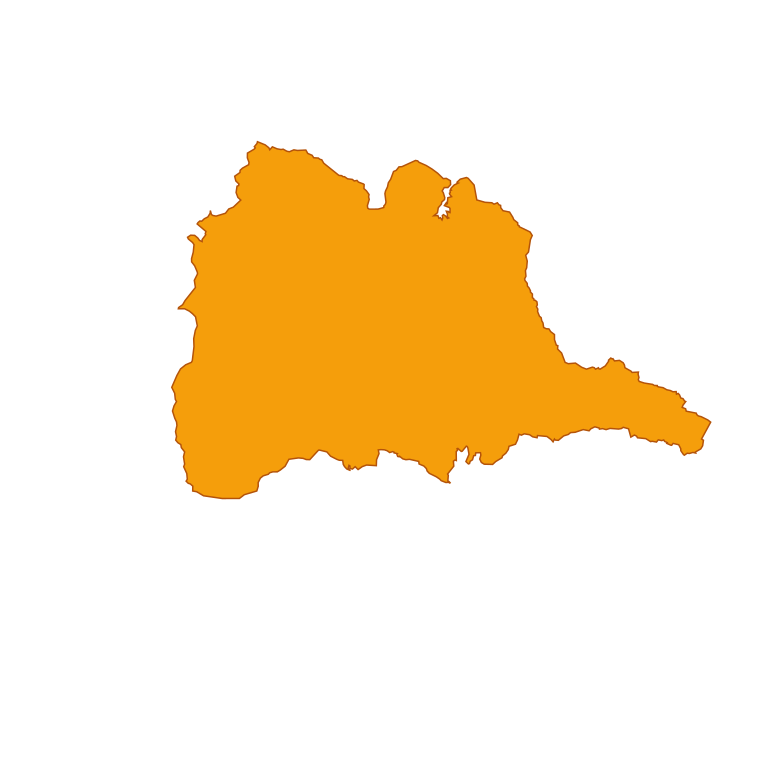 Pades, Gorj, Romania (orthographic projection), rotated 317°
{"feature_id": "2599482B12814420584104", "entity_name": "Pades", "entity_type": "district", "adm_level": 2, "iso_a3": "ROU", "parent_name": "Romania", "parent_adm1": "Gorj", "projection": "orthographic", "projection_center": [22.765, 45.13], "detail": "fine", "context": "isolated", "style": "filled", "palette": "amber", "viewbox_px": 768, "rotation_deg": 317, "n_neighbors": 0, "source": "geoboundaries", "source_scale": "gbopen_adm2", "svg_char_len": 6171}
<svg xmlns="http://www.w3.org/2000/svg" viewBox="0 0 768 768"><g transform="rotate(317 384 384)"><path d="M596.9,634.7L596.3,631.1L593.7,624.2L592.1,621.7L591.9,619.6L592.5,618.3L586.5,610.0L587.7,607.8L586.1,604.5L588.2,603.4L592.7,602.6L592.2,601.5L592.7,598.6L591.5,596.7L592.7,593.5L592.7,591.5L591.0,590.9L592.5,588.8L590.0,586.7L589.0,584.1L586.9,581.1L585.6,577.0L582.7,573.2L582.3,572.0L582.8,571.5L580.7,569.4L580.2,567.5L575.0,560.8L572.4,556.2L572.9,554.3L574.9,553.1L576.6,550.0L578.2,548.8L573.3,544.7L573.4,543.0L571.3,536.4L572.8,534.1L573.4,531.6L572.3,527.3L568.3,524.3L568.7,521.6L568.0,521.3L567.6,519.7L564.4,519.7L563.9,520.5L558.2,521.7L552.1,520.5L551.5,519.1L551.9,518.4L548.8,517.4L548.9,515.5L547.9,513.8L542.2,511.2L540.0,506.6L538.3,499.3L532.6,494.8L531.2,491.7L535.0,482.5L534.8,476.8L537.3,474.5L536.5,473.2L538.9,467.9L542.4,464.1L541.6,459.3L542.2,456.2L540.4,454.3L539.3,451.6L541.9,447.8L542.5,445.3L544.2,442.6L543.9,440.5L545.7,435.8L547.6,434.1L548.2,431.4L550.1,430.7L551.9,428.2L551.7,426.0L550.9,425.1L551.7,423.7L551.4,422.1L553.9,419.4L553.8,416.6L554.7,415.7L555.7,412.3L555.6,410.4L557.4,408.0L557.7,404.4L558.6,403.0L561.3,402.0L564.8,397.5L567.6,396.3L572.6,391.8L575.4,386.5L579.7,386.0L589.5,378.3L593.7,376.5L594.5,372.4L590.2,361.3L590.7,360.5L590.3,358.8L591.7,357.3L591.0,352.3L591.9,350.0L593.1,343.9L589.2,338.4L589.6,334.7L591.1,332.9L590.3,331.4L590.5,328.8L587.1,327.5L586.5,325.0L581.8,320.0L577.4,312.7L585.6,299.9L585.8,290.9L585.1,289.2L579.5,286.2L575.1,286.2L574.6,286.7L575.2,287.6L571.0,286.3L567.1,286.5L565.3,287.0L565.4,288.1L564.1,287.7L563.0,289.2L562.0,289.1L561.4,290.1L561.2,293.1L557.7,291.3L553.3,295.3L552.7,295.2L553.1,294.4L554.2,293.7L549.8,294.7L552.1,299.4L552.0,300.6L549.2,303.7L548.5,302.8L548.8,301.8L547.4,300.1L546.3,303.0L544.3,304.8L544.6,306.7L543.3,306.2L543.6,303.2L543.0,300.7L541.5,300.6L540.2,302.7L538.3,303.6L538.7,300.9L537.2,300.3L538.3,297.5L535.2,294.9L539.9,295.2L543.9,292.1L548.6,291.6L550.4,290.3L554.0,290.4L555.5,289.2L557.8,284.6L558.2,282.5L562.0,281.4L564.7,283.9L568.7,283.6L571.2,280.6L569.8,276.1L567.4,274.2L567.0,266.5L565.7,259.5L563.9,253.0L560.8,245.7L560.8,243.8L559.5,242.0L545.4,237.3L543.0,235.4L538.7,236.1L535.9,235.1L528.5,238.8L524.4,239.8L521.0,242.2L516.7,243.9L514.5,245.4L509.5,252.3L507.5,253.5L505.3,253.7L504.2,254.8L498.9,252.0L492.5,246.1L492.0,244.4L493.4,242.3L499.1,238.9L500.3,236.7L502.3,235.2L502.9,230.7L502.6,227.4L505.5,224.6L505.4,223.7L503.0,218.9L503.1,216.7L500.7,215.2L500.4,212.8L497.3,209.1L496.5,205.4L495.3,204.3L495.2,202.8L493.3,200.7L490.5,181.4L491.4,177.6L490.3,175.8L490.1,174.0L486.9,170.6L487.4,167.7L485.5,163.4L486.4,159.6L479.9,154.1L477.8,151.3L473.2,149.6L471.7,147.5L470.4,143.5L468.6,142.3L466.2,139.1L464.1,134.4L460.2,134.8L460.9,132.7L460.2,128.1L456.7,120.5L455.1,121.5L451.0,122.0L450.9,123.5L449.2,123.7L441.6,122.0L438.3,125.4L436.4,129.9L434.6,131.3L427.7,129.6L424.5,129.6L422.9,131.1L416.5,130.2L414.1,134.4L414.3,138.8L413.0,139.7L411.4,139.1L406.4,143.1L404.4,147.9L404.7,151.8L394.4,151.9L389.8,150.1L384.5,151.0L375.7,146.7L373.7,143.9L373.4,142.3L375.3,138.7L373.4,140.5L369.1,141.7L365.3,140.6L361.7,140.6L360.5,139.2L358.1,139.1L356.5,139.5L357.8,151.0L355.7,152.2L355.4,153.3L349.6,154.3L348.1,155.8L347.0,153.2L347.4,150.2L346.9,146.2L344.1,143.3L340.4,142.7L339.8,144.5L340.5,150.0L340.1,152.5L334.4,157.5L328.7,161.1L326.6,163.5L326.1,168.5L323.8,174.8L322.7,176.3L316.0,178.8L311.9,184.8L295.4,187.3L290.8,188.7L285.9,188.0L284.9,188.7L289.5,193.0L291.3,197.9L291.9,202.0L292.0,206.3L287.1,214.2L282.6,216.1L275.7,221.1L270.5,227.1L259.7,236.2L257.9,236.8L252.1,234.7L245.5,234.2L238.4,236.5L226.5,241.7L224.6,248.0L220.9,252.9L220.3,255.3L215.5,256.8L210.9,259.5L207.7,266.2L206.4,270.2L204.3,273.1L199.0,276.7L196.5,280.9L193.4,283.0L193.2,286.4L194.1,289.7L192.4,292.3L191.9,297.7L187.7,300.5L183.6,306.6L181.1,307.9L178.7,315.0L175.2,319.5L173.0,320.1L173.1,323.1L174.2,325.0L174.5,328.3L171.1,331.8L173.5,335.0L175.8,342.7L187.6,357.4L200.2,369.1L206.4,369.7L218.0,375.5L222.3,373.0L224.7,370.3L229.4,368.5L233.1,368.8L237.8,371.1L239.9,371.0L242.7,372.4L246.1,375.5L249.5,376.2L255.6,376.7L263.1,374.2L271.0,379.7L274.1,383.2L275.6,386.2L278.1,388.7L291.0,387.7L291.8,388.4L295.9,394.7L295.7,400.3L298.1,406.9L299.3,409.3L301.7,411.7L299.4,415.0L298.8,417.5L298.8,420.7L300.5,424.5L300.1,423.0L300.5,421.1L302.9,419.6L303.2,420.7L301.6,422.6L302.9,424.7L306.5,424.8L306.7,428.9L311.8,429.6L316.0,431.4L322.7,438.5L326.9,434.3L332.9,431.5L334.9,428.3L336.9,429.8L339.4,432.4L340.8,435.0L341.4,438.0L344.3,439.4L344.9,440.9L344.4,441.3L346.2,443.9L345.6,443.9L344.6,446.3L345.5,447.6L346.1,447.5L346.7,451.6L348.4,454.3L351.3,456.5L356.6,464.3L355.1,466.4L357.2,471.1L357.3,474.7L356.2,477.1L356.2,480.2L359.0,487.6L359.9,491.6L359.9,493.7L362.1,498.3L364.1,499.9L364.6,501.3L365.0,501.3L365.0,499.5L364.6,498.4L368.8,494.6L369.1,493.2L379.0,491.7L382.1,487.8L384.0,488.0L384.7,489.3L390.7,482.7L392.6,482.6L393.4,481.1L394.1,481.5L394.5,486.0L395.4,486.5L401.8,485.6L402.2,486.5L401.7,488.0L398.2,493.4L391.0,496.6L391.2,500.0L392.3,500.5L394.3,499.3L397.0,499.8L400.7,497.6L402.1,498.6L404.1,496.9L407.7,500.0L406.4,502.0L402.8,504.2L401.7,507.8L402.6,511.0L408.6,516.9L412.8,516.9L420.0,518.4L421.7,517.4L425.9,517.7L430.2,516.7L432.9,514.8L439.1,517.7L443.4,516.0L448.5,512.8L449.6,515.1L452.6,516.1L455.9,520.4L456.7,524.0L459.3,527.7L461.1,526.4L467.4,533.5L468.3,538.6L468.2,541.6L471.1,540.5L471.0,541.8L473.1,544.1L480.0,544.5L484.4,546.6L487.3,546.8L490.9,549.7L498.6,553.2L502.1,558.1L504.6,557.8L509.0,559.1L511.3,562.9L510.8,563.9L513.5,565.8L515.3,568.8L519.0,570.6L524.8,576.9L527.3,578.5L529.4,578.8L532.3,583.5L528.3,591.2L532.3,592.1L533.2,594.4L532.7,596.2L538.2,602.5L539.7,608.0L541.0,608.7L543.7,612.3L546.5,611.9L548.5,614.8L550.4,615.7L550.1,617.4L551.2,620.1L550.3,620.3L552.0,624.3L552.6,625.0L554.9,624.6L558.1,629.4L556.9,633.7L555.6,635.2L554.9,639.8L555.1,640.9L558.5,641.4L560.0,643.1L563.2,644.7L564.9,647.1L565.3,646.1L571.4,647.5L574.9,646.5L579.3,643.0L578.7,640.8L596.9,634.7Z" fill="#f59e0b" stroke="#b45309" stroke-width="1.5"/></g></svg>